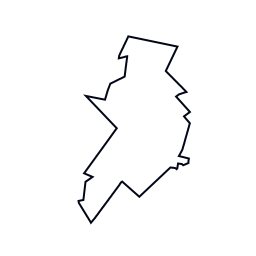 outline of Atil, Sonora, Mexico, rotated 227°
{"feature_id": "50627088B76785012932059", "entity_name": "Atil", "entity_type": "district", "adm_level": 2, "iso_a3": "MEX", "parent_name": "Mexico", "parent_adm1": "Sonora", "projection": "robinson", "projection_center": [-111.551, 30.829], "detail": "fine", "context": "isolated", "style": "outline", "palette": "ink", "viewbox_px": 256, "rotation_deg": 227, "n_neighbors": 0, "source": "geoboundaries", "source_scale": "gbopen_adm2", "svg_char_len": 2891}
<svg xmlns="http://www.w3.org/2000/svg" viewBox="0 0 256 256"><g transform="rotate(227 128 128)"><path d="M153.8,219.7L194.8,190.7L194.7,190.5L194.6,190.3L194.3,189.6L193.9,188.5L193.5,187.5L193.0,186.3L192.5,185.0L192.2,184.2L191.8,183.3L191.4,182.2L191.0,181.0L190.3,179.6L190.1,179.0L189.9,178.5L189.7,177.8L189.4,177.1L189.1,176.3L188.8,175.6L188.5,174.8L188.2,174.0L187.4,172.1L187.3,171.8L186.8,170.8L186.3,170.2L185.8,169.5L185.2,168.8L184.7,169.7L183.6,171.6L182.5,173.6L181.9,174.9L181.0,176.3L180.4,175.7L179.7,174.8L178.9,173.8L177.6,172.3L176.6,171.0L175.7,170.0L174.1,168.0L173.0,166.7L171.8,165.3L171.0,164.3L170.2,163.4L169.6,162.6L168.9,161.9L168.4,161.2L167.9,160.6L168.3,159.2L168.8,157.4L169.5,155.2L170.1,153.4L170.3,152.5L170.6,151.6L170.9,150.5L171.2,149.5L171.4,148.9L171.6,148.2L171.9,147.2L172.2,146.2L172.5,145.4L172.2,144.7L171.3,142.9L170.8,141.9L170.4,141.1L170.2,140.6L169.0,138.3L164.4,130.5L180.1,119.1L153.9,119.4L135.5,119.6L132.5,104.5L132.1,102.4L131.9,101.6L131.9,101.4L124.8,65.0L116.4,68.7L117.6,60.2L105.8,46.3L108.4,42.1L107.0,41.1L106.7,41.0L106.4,40.9L106.0,40.8L105.3,40.7L103.0,40.2L99.9,39.6L97.7,39.1L96.4,38.9L95.2,38.6L93.9,38.4L93.5,38.3L93.0,38.2L92.6,38.1L92.2,38.0L91.0,37.8L90.0,37.6L89.0,37.4L88.5,37.3L87.8,37.1L87.2,37.0L86.2,36.8L85.6,36.7L84.9,36.5L84.3,36.4L84.0,36.3L84.4,39.8L84.5,40.7L84.6,41.3L84.7,41.9L84.7,42.4L84.8,42.8L84.9,43.2L85.0,43.6L85.0,43.8L85.1,44.1L85.1,44.4L85.2,44.6L85.3,45.2L85.4,46.2L85.5,46.7L85.5,46.8L85.7,47.5L85.8,48.1L85.9,48.7L86.0,49.2L86.1,49.5L86.2,50.0L86.2,50.3L86.2,50.6L86.4,51.2L86.5,51.9L86.6,52.6L86.7,53.2L86.9,53.7L87.0,54.4L87.1,54.7L87.1,55.2L87.2,55.4L87.2,55.6L87.3,55.8L87.3,56.5L87.4,57.0L87.6,57.6L87.7,58.5L87.9,59.2L88.0,60.1L88.3,61.8L88.6,63.1L88.6,63.5L88.6,63.9L88.6,64.1L88.8,64.4L89.0,65.3L89.2,66.3L89.3,67.0L89.5,68.2L89.6,69.0L89.9,70.2L90.1,71.2L90.3,72.2L90.4,73.1L90.6,74.2L91.1,76.6L91.2,77.0L91.3,78.1L91.5,78.9L91.7,79.8L91.8,80.5L91.9,81.2L92.1,82.1L92.3,83.3L92.5,83.7L92.6,83.9L92.7,84.6L92.9,85.5L92.9,86.2L93.0,86.5L92.8,87.2L70.0,89.4L70.2,132.1L69.4,132.8L68.0,134.0L67.3,134.5L66.3,135.3L65.1,135.5L65.3,135.8L64.8,136.4L67.9,140.4L64.9,142.8L63.1,143.0L61.2,148.3L62.0,149.1L62.9,150.0L63.4,150.8L64.2,151.7L72.8,146.1L73.1,147.2L75.1,153.0L76.8,155.8L78.1,158.1L79.8,160.8L80.9,162.6L82.0,164.4L82.8,165.8L84.0,167.7L85.5,170.3L86.2,171.3L87.4,173.4L87.8,174.0L88.7,175.5L89.3,176.5L95.2,176.7L98.3,176.9L98.3,177.3L98.2,177.9L98.1,178.5L98.0,179.7L97.9,180.6L97.5,184.2L118.2,184.6L117.8,188.3L116.6,190.9L116.2,191.8L114.5,195.3L118.6,195.2L121.5,195.2L123.6,195.1L125.4,195.0L126.7,195.0L127.7,195.0L128.9,194.9L129.7,194.9L130.6,194.9L131.9,194.8L133.5,194.8L134.2,194.8L135.4,194.8L136.1,194.7L136.9,194.7L137.7,194.7L138.9,194.6L140.1,194.6L141.9,194.5L143.9,194.5L144.5,196.0L153.8,219.7Z" fill="none" stroke="#020617" stroke-width="2"/></g></svg>